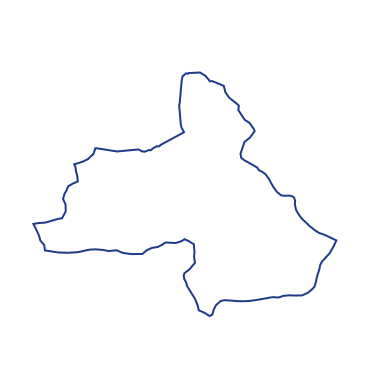 Jabal Eyal Yazid, Amran, Yemen, rotated 280°
{"feature_id": "15242507B22949154068881", "entity_name": "Jabal Eyal Yazid", "entity_type": "district", "adm_level": 2, "iso_a3": "YEM", "parent_name": "Yemen", "parent_adm1": "Amran", "projection": "robinson", "projection_center": [43.88, 15.77], "detail": "fine", "context": "isolated", "style": "outline", "palette": "blue", "viewbox_px": 384, "rotation_deg": 280, "n_neighbors": 0, "source": "geoboundaries", "source_scale": "gbopen_adm2", "svg_char_len": 2538}
<svg xmlns="http://www.w3.org/2000/svg" viewBox="0 0 384 384"><g transform="rotate(280 192 192)"><path d="M198.9,71.3L196.2,72.9L191.2,74.5L190.7,74.9L189.4,75.6L188.7,75.9L188.3,76.1L182.6,77.7L179.6,73.2L176.2,69.1L171.0,67.9L168.2,66.8L162.8,66.2L157.7,69.7L154.5,70.3L150.9,71.0L143.6,68.6L142.0,64.1L139.0,58.2L137.6,55.4L136.3,52.6L134.9,46.7L133.0,41.4L128.9,44.4L123.6,48.2L123.1,48.5L119.0,50.6L117.7,51.2L114.2,55.6L108.9,57.4L109.1,64.6L109.2,70.6L110.1,76.7L110.5,80.0L111.9,85.8L112.7,89.1L114.0,92.8L115.3,95.7L117.5,101.4L118.8,107.0L119.5,114.3L119.4,120.3L121.5,127.8L120.0,134.6L120.2,140.5L120.5,144.2L121.6,149.8L122.5,154.1L126.8,157.5L128.5,160.0L130.0,162.3L132.0,168.0L135.5,172.4L137.6,174.7L137.7,174.8L138.9,184.7L141.6,190.0L144.2,192.9L143.2,196.9L142.0,199.9L140.8,202.9L135.2,204.4L132.1,205.0L128.6,205.3L122.8,207.2L119.6,205.4L118.2,204.6L115.4,202.9L110.9,198.8L108.5,198.3L104.7,199.6L102.4,201.6L98.2,203.7L87.5,213.4L80.9,217.5L76.7,219.2L75.4,224.6L74.2,227.6L72.9,230.7L74.8,233.3L79.9,233.8L84.7,235.3L89.6,239.1L91.1,242.8L91.8,248.7L92.4,255.5L92.9,258.7L93.4,261.9L94.7,267.6L96.4,272.9L98.3,278.3L100.4,284.0L101.5,286.9L102.5,290.0L103.1,295.5L105.7,300.3L107.2,306.0L107.6,309.2L108.1,312.4L109.0,317.1L109.2,318.2L113.0,323.8L117.4,327.4L119.9,329.0L125.0,329.7L128.2,329.7L131.3,329.9L134.2,330.3L137.1,330.7L142.6,331.0L145.7,331.9L150.3,334.8L155.7,338.3L158.6,339.2L163.4,341.0L169.4,342.6L169.8,341.0L172.8,330.1L173.8,324.1L175.9,319.1L177.5,316.3L178.9,313.6L181.0,310.7L184.2,305.7L186.2,303.2L190.3,299.3L192.8,297.4L194.8,296.6L197.7,295.5L201.4,295.0L204.1,293.6L204.9,292.3L205.4,289.9L205.2,287.6L204.3,283.6L204.2,280.3L207.0,275.4L211.0,271.3L215.3,267.7L217.7,266.0L222.1,261.5L223.6,258.7L224.7,255.7L225.0,254.2L227.5,251.8L232.3,238.2L234.1,234.6L238.1,233.1L250.4,235.0L254.7,238.8L255.2,239.4L258.9,241.2L262.9,243.1L265.4,241.4L266.1,240.6L269.9,236.8L272.3,231.3L280.7,223.4L285.1,223.2L286.8,220.7L287.1,220.0L291.3,212.3L296.0,207.6L302.0,204.9L304.7,192.9L304.1,190.2L304.9,189.6L308.8,184.9L311.1,179.0L310.5,176.7L308.5,167.8L307.7,167.4L307.8,165.5L304.6,162.9L303.7,162.6L300.3,162.5L289.2,163.4L278.3,164.4L274.6,164.4L274.0,164.6L257.9,168.9L257.4,169.0L253.6,170.5L251.0,172.6L249.4,173.7L232.8,152.7L232.3,152.7L231.1,151.3L230.9,149.3L228.1,145.9L225.9,144.1L225.9,142.5L223.5,138.5L223.3,135.8L224.6,132.0L218.9,111.1L218.5,89.8L218.3,89.2L212.5,88.4L206.2,83.7L203.2,79.5L201.0,75.6L198.9,71.3Z" fill="none" stroke="#1e3a8a" stroke-width="2"/></g></svg>